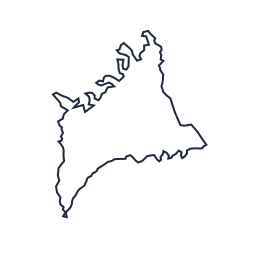 the district of Tucunduva, Rio Grande do Sul, Brazil, rotated 101°
{"feature_id": "56859067B60578081820335", "entity_name": "Tucunduva", "entity_type": "district", "adm_level": 2, "iso_a3": "BRA", "parent_name": "Brazil", "parent_adm1": "Rio Grande do Sul", "projection": "equal_earth", "projection_center": [-54.433, -27.632], "detail": "fine", "context": "isolated", "style": "outline", "palette": "slate", "viewbox_px": 256, "rotation_deg": 101, "n_neighbors": 0, "source": "geoboundaries", "source_scale": "gbopen_adm2", "svg_char_len": 2471}
<svg xmlns="http://www.w3.org/2000/svg" viewBox="0 0 256 256"><g transform="rotate(101 128 128)"><path d="M129.5,47.9L123.8,53.9L118.7,58.8L112.6,66.5L113.9,70.2L115.0,73.3L115.2,77.1L103.4,85.1L90.8,92.1L88.9,95.9L86.0,100.1L83.1,101.7L80.8,103.1L77.0,102.8L73.3,103.0L71.2,103.5L69.1,103.5L67.2,105.2L64.8,107.5L62.8,108.1L60.8,109.6L55.4,106.1L54.5,109.0L50.1,109.3L47.3,111.1L44.9,109.9L41.9,111.0L39.8,117.3L37.1,119.0L34.6,118.5L31.3,124.0L28.8,126.7L30.9,131.2L34.9,131.8L34.6,127.6L42.3,123.4L43.9,127.9L48.5,127.0L52.4,130.2L55.5,130.4L57.9,128.2L60.2,132.0L54.8,137.4L51.4,138.9L49.3,141.7L45.4,148.4L48.1,150.8L52.4,151.3L53.9,153.9L56.4,150.5L56.8,144.0L58.1,140.8L67.2,139.3L70.9,140.7L70.8,144.0L67.7,145.3L61.9,145.5L62.7,151.5L67.1,149.6L71.3,148.7L75.7,146.5L76.0,143.5L78.3,142.0L83.5,145.6L81.0,152.1L80.2,156.1L81.1,159.8L82.9,161.2L87.0,161.5L87.0,165.3L89.7,167.8L91.0,165.5L91.4,162.4L87.0,155.5L88.0,152.0L89.8,149.5L91.9,155.6L97.4,157.2L99.4,160.1L103.5,160.8L106.5,162.3L105.4,166.4L102.4,166.9L100.4,169.9L100.7,172.8L102.3,176.4L104.7,172.2L108.0,170.9L112.3,171.0L112.4,165.9L120.5,173.2L114.0,176.4L118.4,185.1L115.4,183.4L112.1,181.0L108.5,182.3L112.8,186.6L109.8,193.0L108.9,199.1L107.0,205.2L109.4,208.1L116.2,199.3L119.4,198.0L122.2,190.5L126.8,193.6L131.3,193.8L134.9,197.9L138.8,195.5L140.0,193.0L142.2,192.9L145.1,190.9L149.1,192.2L151.0,190.6L153.1,190.9L154.5,193.6L156.2,191.4L159.1,188.4L162.1,186.9L167.1,186.1L172.9,184.4L175.3,186.0L180.7,188.5L187.9,187.8L192.9,185.4L199.1,187.5L204.9,185.3L208.9,181.1L213.0,181.0L216.2,179.5L217.8,176.2L220.4,176.4L223.0,172.9L220.8,171.7L218.7,170.4L216.7,169.3L213.4,168.6L210.6,168.9L207.6,168.6L205.1,167.0L201.9,165.9L199.1,165.1L196.6,163.4L194.7,161.5L192.7,159.7L190.5,159.4L188.4,158.7L186.3,158.6L184.4,157.9L182.1,154.9L179.0,153.9L177.6,151.7L175.7,150.3L173.7,150.0L171.1,147.3L168.0,144.0L165.2,141.3L163.3,137.5L161.2,135.3L160.3,131.9L159.6,128.5L158.8,124.7L156.3,124.2L154.2,120.5L156.0,117.4L158.4,114.5L159.9,111.5L157.7,107.8L151.9,103.7L150.6,100.5L149.6,97.2L153.2,93.5L154.8,91.0L152.9,89.5L150.2,90.6L148.0,89.2L146.0,88.7L143.9,88.8L145.0,85.2L147.7,82.5L150.3,82.6L149.1,79.8L147.0,79.1L144.1,76.0L140.5,73.9L141.5,70.9L144.7,70.8L147.2,69.1L145.2,66.9L141.7,65.2L138.8,65.9L136.3,62.5L135.2,58.5L134.6,54.6L133.9,51.4L131.7,50.4L129.5,47.9ZM223.0,172.9L224.8,174.1L227.0,174.8L227.2,171.1L223.0,172.9Z" fill="none" stroke="#1e293b" stroke-width="2"/></g></svg>